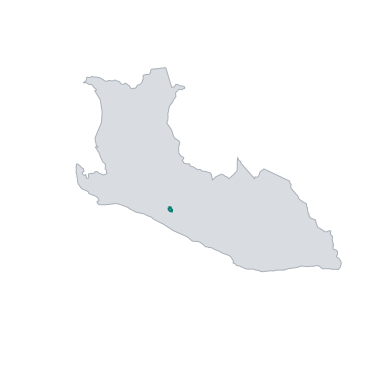 location of Carlos Fermin Fitzcarrald, Áncash, Peru, rotated 318°
{"feature_id": "86281439B49389172682123", "entity_name": "Carlos Fermin Fitzcarrald", "entity_type": "district", "adm_level": 2, "iso_a3": "PER", "parent_name": "Peru", "parent_adm1": "Áncash", "projection": "equal_earth", "projection_center": [-77.23, -9.052], "detail": "fine", "context": "in_parent", "style": "filled", "palette": "teal", "viewbox_px": 384, "rotation_deg": 318, "n_neighbors": 0, "source": "geoboundaries", "source_scale": "gbopen_adm2", "svg_char_len": 4739}
<svg xmlns="http://www.w3.org/2000/svg" viewBox="0 0 384 384"><g transform="rotate(318 192 192)"><path d="M256.7,108.4L256.6,109.5L255.5,110.1L254.6,109.3L253.2,109.5L251.1,106.9L246.1,107.3L243.8,110.4L240.5,111.0L236.9,112.4L232.8,113.0L226.3,117.8L224.8,119.8L221.9,122.6L219.5,123.6L218.3,132.3L216.0,137.4L215.0,140.2L216.3,144.5L216.3,146.5L214.9,148.2L213.9,148.4L211.6,150.2L208.4,154.0L207.8,157.0L208.8,160.9L208.5,161.4L205.7,162.1L205.8,164.3L205.2,165.1L207.5,168.3L208.8,169.0L208.9,169.8L208.6,170.6L208.1,170.9L208.1,171.6L209.7,174.0L210.9,178.6L213.3,180.9L213.4,182.4L214.0,183.9L215.3,185.0L218.2,189.6L218.2,191.8L215.2,196.8L220.2,196.7L225.7,198.4L226.4,199.2L227.1,201.5L227.1,202.9L228.2,204.1L228.1,206.8L235.4,206.9L240.0,206.2L247.7,197.9L248.9,197.2L248.2,199.0L248.1,200.3L248.5,201.8L247.6,203.8L247.4,223.9L248.8,222.9L250.6,224.8L251.9,224.9L256.0,222.6L260.9,223.0L271.8,249.2L270.8,251.0L270.9,252.4L269.5,253.5L268.1,255.6L267.9,266.1L266.7,269.2L267.3,270.8L267.9,274.1L268.9,276.1L269.2,277.4L269.0,277.9L267.5,279.0L267.3,280.9L264.5,284.6L264.0,287.1L262.9,288.0L262.7,290.8L265.1,295.4L263.5,298.1L261.9,302.2L264.4,310.7L265.4,311.9L266.5,311.9L268.1,312.6L269.0,313.9L266.9,315.5L266.6,316.2L266.7,319.0L264.4,321.1L261.4,326.5L260.6,326.7L259.0,328.3L258.8,329.1L259.0,329.9L260.3,331.5L260.4,333.5L258.2,335.9L256.7,336.1L256.1,336.8L256.7,340.0L256.6,341.5L256.1,343.3L255.0,345.1L251.8,347.1L248.9,347.5L244.0,342.6L242.5,340.6L237.6,336.4L236.9,332.1L235.3,329.9L232.3,328.3L229.9,326.1L228.1,325.0L223.7,320.1L219.7,318.5L212.1,313.3L208.1,311.6L202.8,306.8L200.0,305.4L197.8,303.2L190.9,298.3L189.8,296.8L188.8,294.4L187.3,293.0L185.6,289.7L183.0,287.8L180.6,285.2L177.6,278.4L176.1,276.8L176.0,273.7L175.0,272.2L176.5,271.2L177.5,266.4L177.0,263.9L173.5,257.4L172.8,254.7L170.3,249.7L169.3,246.6L167.3,244.4L166.4,242.5L165.3,241.8L165.3,239.4L164.5,235.0L163.3,232.8L159.3,228.7L158.9,224.1L158.0,221.0L152.3,208.3L149.0,196.1L146.2,189.3L145.0,185.3L144.9,183.2L142.9,179.6L141.8,176.3L137.1,169.9L134.4,162.8L134.1,160.7L132.2,156.8L129.3,151.7L127.8,149.7L118.9,143.4L114.7,139.5L114.2,137.6L114.4,136.4L115.3,135.4L116.6,136.2L117.4,135.8L118.0,134.4L118.0,132.3L117.2,129.6L114.3,124.3L115.1,121.9L112.2,115.8L112.8,109.9L113.5,108.4L117.8,102.3L119.0,99.7L120.8,98.2L122.7,95.7L125.0,93.9L125.6,94.5L126.3,97.7L126.2,99.9L126.9,102.3L125.3,104.4L123.6,104.0L122.9,104.5L122.7,105.5L122.9,107.2L123.4,107.9L124.7,107.9L122.9,111.1L123.1,111.7L124.3,112.3L125.4,111.5L126.6,109.7L127.4,109.4L131.7,112.5L133.7,112.1L135.3,113.6L135.5,115.8L137.7,120.2L140.9,121.3L141.4,120.9L142.2,119.3L142.9,119.0L143.0,116.6L145.8,114.0L146.3,112.2L145.8,110.9L145.9,109.9L147.6,104.1L148.1,103.5L148.6,101.7L149.2,100.5L150.2,94.0L150.9,94.1L151.7,95.6L152.5,95.2L152.1,93.7L152.2,93.2L155.3,88.0L156.3,86.9L171.3,79.7L178.8,72.4L185.5,62.1L187.5,51.7L188.3,52.4L189.5,52.1L189.1,47.9L189.4,45.9L189.4,45.3L187.3,42.8L186.5,40.1L184.7,38.5L184.7,37.9L186.7,38.5L188.4,38.2L189.9,36.5L191.0,36.7L193.4,39.0L195.2,39.2L195.8,40.9L197.6,42.2L200.1,45.8L201.3,49.7L201.2,50.4L202.3,52.4L204.7,53.4L207.2,56.3L209.7,57.2L210.8,59.8L211.5,60.7L211.9,62.1L211.5,63.9L211.8,64.8L213.7,66.4L215.3,66.5L215.6,67.2L216.5,71.5L215.9,73.7L216.2,74.9L218.3,75.9L218.9,76.8L220.5,77.0L222.9,76.1L225.8,77.4L228.1,77.0L229.1,76.6L230.2,75.7L231.1,75.7L233.4,72.9L234.0,72.7L236.5,73.9L238.5,75.8L241.1,75.5L242.1,74.3L244.0,73.6L247.3,76.0L248.1,77.0L249.0,77.3L252.5,79.6L253.2,80.5L255.1,81.4L255.5,82.1L255.3,82.9L246.9,100.6L249.5,102.1L251.9,101.2L253.2,102.3L254.1,105.2L256.0,107.1L256.7,108.4Z" fill="#d9dde1" stroke="#a8b0b8" stroke-width="1"/><path d="M165.9,189.3L165.9,189.2L166.0,189.1L165.9,189.0L165.9,188.9L165.7,188.8L165.7,188.7L165.6,188.4L165.5,188.2L165.4,188.1L165.2,188.0L165.2,188.3L165.1,188.5L164.9,188.5L164.7,188.5L164.4,188.5L164.2,188.5L163.9,188.8L163.7,188.8L163.4,188.9L163.2,188.8L163.1,189.0L163.1,188.9L163.0,189.0L162.9,189.0L162.7,189.2L162.7,189.3L162.7,189.5L162.7,189.8L162.7,190.0L162.7,190.3L162.7,190.5L162.7,190.8L162.7,191.0L162.6,191.3L162.7,191.5L162.8,191.7L162.8,191.8L162.9,192.0L163.0,192.0L163.2,192.3L163.3,192.4L163.3,192.5L163.5,192.7L163.6,192.8L163.8,192.9L163.8,193.0L163.9,193.3L164.0,193.3L164.1,193.2L164.3,192.9L164.4,192.7L164.5,192.6L164.8,192.5L164.8,192.4L165.0,192.5L165.1,192.4L165.3,192.3L165.3,192.2L165.2,192.0L165.2,191.9L165.2,191.7L165.3,191.5L165.3,191.4L165.5,191.4L165.5,191.2L165.4,191.1L165.5,191.0L165.5,190.9L165.5,190.7L165.4,190.7L165.4,190.4L165.4,190.2L165.4,190.3L165.5,190.3L165.5,190.2L165.8,190.0L165.8,189.9L165.8,189.7L165.7,189.6L165.7,189.4L165.9,189.3Z" fill="#14b8a6" stroke="#0f766e" stroke-width="1.5"/></g></svg>